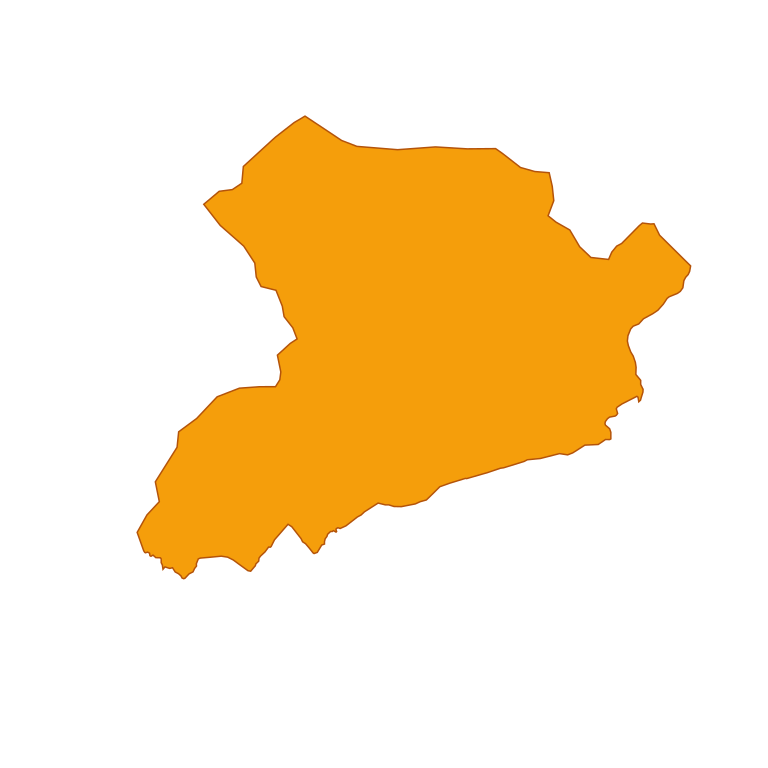 the district of Manyu, Sud-Ouest, Cameroon, rotated 205°
{"feature_id": "32672807B1261524164639", "entity_name": "Manyu", "entity_type": "district", "adm_level": 2, "iso_a3": "CMR", "parent_name": "Cameroon", "parent_adm1": "Sud-Ouest", "projection": "albers", "projection_center": [9.296, 5.93], "detail": "fine", "context": "isolated", "style": "filled", "palette": "amber", "viewbox_px": 768, "rotation_deg": 205, "n_neighbors": 0, "source": "geoboundaries", "source_scale": "gbopen_adm2", "svg_char_len": 2907}
<svg xmlns="http://www.w3.org/2000/svg" viewBox="0 0 768 768"><g transform="rotate(205 384 384)"><path d="M529.7,130.3L528.9,130.2L527.2,131.7L525.0,131.6L523.6,129.5L522.4,129.4L521.0,131.3L518.1,130.4L517.4,130.2L513.2,132.0L512.0,131.3L510.4,127.9L508.4,126.3L506.0,122.7L505.2,125.7L502.5,126.0L500.3,126.3L498.0,128.1L493.8,125.4L490.0,125.2L487.0,124.3L485.0,122.8L483.2,122.9L482.3,123.8L480.4,129.6L477.7,133.0L477.7,136.7L477.0,139.8L478.1,141.7L478.4,147.0L477.7,147.8L476.9,148.6L468.9,153.2L458.7,159.2L452.5,161.0L446.2,160.8L440.3,159.6L428.4,157.3L425.7,158.0L424.2,163.5L423.8,164.8L424.1,166.8L422.7,170.5L423.7,173.3L423.2,175.8L420.9,181.5L419.7,187.4L417.9,188.2L417.7,188.9L417.6,189.2L417.5,193.2L417.4,196.5L411.7,216.3L407.3,215.7L393.8,208.8L391.1,206.6L387.6,206.1L383.0,204.0L376.8,200.9L375.7,200.8L373.3,203.2L372.4,211.7L370.3,213.8L371.3,215.9L371.9,218.9L371.3,221.7L371.6,224.0L370.1,227.7L368.4,228.6L368.3,229.0L367.9,229.7L364.9,229.5L364.6,230.3L366.0,231.7L366.1,232.8L365.0,234.3L362.7,234.5L358.5,239.4L351.9,252.3L349.4,255.6L347.7,259.9L339.0,273.6L334.4,274.5L331.8,275.0L328.5,276.5L323.2,277.2L316.4,280.2L304.9,288.6L301.5,292.6L296.6,296.8L293.1,306.0L290.0,314.5L282.7,321.7L270.4,332.8L269.1,333.2L255.8,344.8L253.1,347.1L243.0,356.8L240.2,358.6L224.3,373.0L222.1,375.9L218.2,378.2L214.5,380.4L210.9,382.5L195.5,395.1L187.6,397.4L183.8,401.4L176.1,413.5L164.3,419.7L159.8,427.3L156.0,429.0L155.2,430.1L158.0,436.1L160.6,438.8L165.9,440.3L167.0,441.5L167.5,443.5L166.8,447.0L165.6,449.3L161.0,452.6L160.2,453.9L159.8,456.0L163.0,459.7L162.9,461.5L159.9,466.5L149.6,479.7L148.2,479.4L145.6,475.6L144.7,477.7L145.2,480.9L145.9,486.1L147.0,488.8L147.4,489.0L151.2,492.1L152.9,495.8L159.8,499.1L162.6,505.7L165.3,509.8L169.9,514.6L173.9,517.3L178.2,521.5L178.8,522.1L181.6,525.8L183.3,530.8L183.7,538.2L182.6,541.7L178.5,546.1L176.4,552.8L170.2,561.2L166.9,566.7L166.0,569.8L164.6,574.4L163.6,581.2L162.4,583.6L156.3,590.2L154.6,593.2L153.8,597.5L155.9,604.4L155.7,608.2L154.6,611.8L154.6,615.3L156.0,620.6L197.1,635.3L207.0,643.3L209.9,641.7L217.8,639.1L219.6,635.3L228.0,611.8L231.4,607.3L233.3,599.8L233.1,591.8L250.0,586.1L252.2,586.9L264.7,591.1L269.2,594.2L280.7,602.1L296.6,603.4L306.4,605.8L307.6,621.9L315.0,634.2L323.6,645.3L337.1,640.3L351.8,637.9L374.0,643.0L380.1,644.1L382.3,644.5L407.9,632.3L437.6,620.6L470.7,602.1L509.0,587.9L525.3,586.8L568.8,593.4L575.9,583.0L586.5,562.3L588.1,558.6L603.4,521.7L597.7,505.9L603.6,496.1L614.8,489.0L623.3,470.7L599.4,458.5L569.4,449.7L552.2,439.0L545.0,427.0L536.6,420.4L521.5,423.3L509.1,411.6L503.0,402.8L490.4,396.4L481.8,388.1L486.1,381.2L492.8,365.1L482.6,351.3L480.2,343.8L481.2,335.7L495.5,329.0L513.3,319.1L529.8,301.9L539.2,273.6L549.9,253.9L544.8,239.2L549.9,198.7L537.9,182.4L543.5,165.2L545.0,145.2L538.7,138.8L531.3,131.3L529.7,130.3Z" fill="#f59e0b" stroke="#b45309" stroke-width="1.5"/></g></svg>